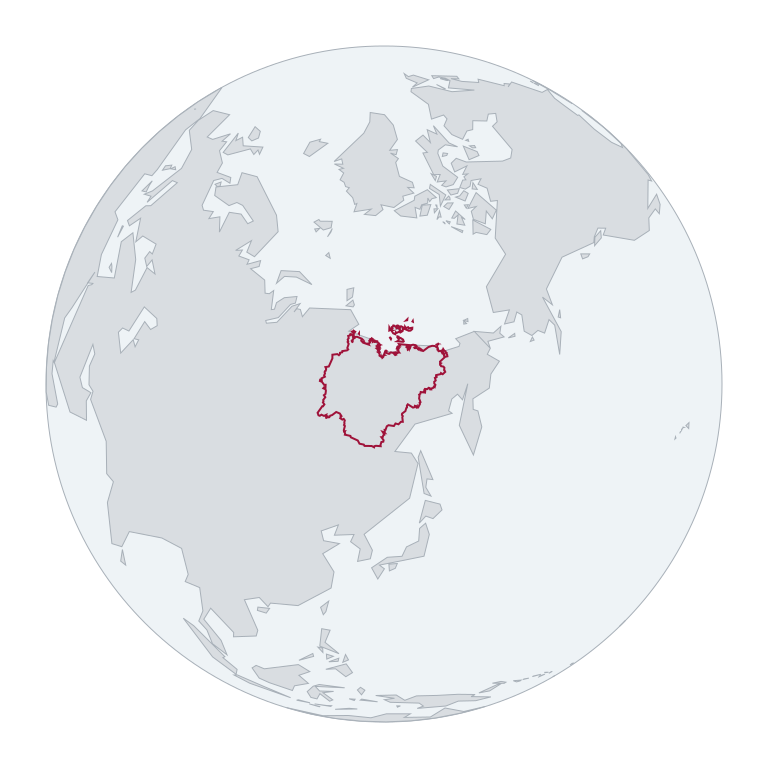 Sakha (Yakutia) highlighted on a globe, orthographic projection
{"feature_id": "RUS-2612", "entity_name": "Sakha (Yakutia)", "entity_type": "Autonomous Province", "adm_level": 1, "iso_a3": "RUS", "parent_name": "Russia", "parent_adm1": "", "projection": "orthographic", "projection_center": [131.922, 66.295], "detail": "fine", "context": "on_globe", "style": "outline", "palette": "rose", "viewbox_px": 768, "rotation_deg": 0, "n_neighbors": 0, "source": "natural_earth", "source_scale": "10m", "svg_char_len": 18309}
<svg xmlns="http://www.w3.org/2000/svg" viewBox="0 0 768 768"><circle cx="384" cy="384" r="338" fill="#eef3f6" stroke="#a8b0b8"/><path d="M625.3,620.6L625.6,620.2L625.5,620.4L625.3,620.6ZM626.4,148.6L648.2,174.6L651.6,181.0L648.1,180.0L647.8,208.4L656.6,194.2L660.1,204.4L659.3,213.7L655.3,208.9L648.8,217.9L649.3,230.5L634.4,240.3L603.2,235.0L605.7,228.2L597.9,228.1L594.3,236.8L593.8,242.6L562.0,257.2L546.4,289.0L552.4,304.8L542.5,297.1L561.2,331.6L559.7,354.5L554.7,325.1L549.0,319.6L544.6,333.1L537.9,330.4L531.9,335.5L524.2,331.2L521.8,314.9L516.8,312.0L514.0,321.8L504.5,324.0L509.4,309.9L493.3,312.5L486.4,286.7L505.6,254.2L495.2,238.1L497.4,200.5L490.6,201.3L487.1,188.2L478.0,184.3L481.0,178.8L471.1,180.5L470.0,186.3L465.3,189.1L459.8,187.5L462.7,180.1L465.9,179.8L463.9,176.8L467.7,173.9L462.7,174.4L466.9,165.9L454.7,171.9L451.2,163.2L456.2,158.3L466.2,162.0L502.5,161.1L510.7,158.0L512.1,149.5L492.5,126.3L497.1,121.8L495.7,113.4L488.3,114.1L486.8,121.0L472.8,120.7L472.7,129.6L466.9,131.0L462.6,139.3L451.9,134.6L444.0,125.8L447.0,118.9L443.6,115.0L431.5,119.1L428.4,104.3L411.0,91.7L411.4,88.5L428.8,86.0L452.0,91.7L474.4,90.1L448.4,87.9L450.0,80.6L445.4,78.2L438.7,77.0L433.6,78.6L431.8,75.7L456.8,76.3L458.9,78.9L450.9,78.6L461.8,81.4L478.7,82.5L478.1,79.2L504.2,85.7L504.1,83.5L509.8,84.0L508.1,86.9L511.6,82.0L542.1,92.4L547.4,89.5L554.6,98.3L564.7,105.9L577.7,115.4L578.9,114.9L594.3,129.2L611.5,142.3L622.5,147.5L621.0,143.5L603.4,127.1L595.9,121.3L581.7,110.4L589.7,115.9L608.7,131.6L626.4,148.6ZM688.7,428.5L685.9,425.6L689.0,422.6L688.7,428.5ZM683.1,427.1L684.3,427.4L683.1,427.8L683.1,427.1ZM681.5,429.6L682.7,427.8L681.6,430.3L681.5,429.6ZM679.7,433.4L680.6,431.2L680.6,431.6L679.7,433.4ZM540.2,84.3L544.1,86.5L557.1,94.2L572.2,103.7L551.2,90.8L532.2,80.3L540.2,84.3ZM676.0,438.1L674.9,439.1L675.5,436.6L676.0,438.1ZM533.9,83.0L538.9,85.8L533.7,83.0L533.9,83.0ZM594.6,245.7L594.9,237.3L600.7,230.7L601.3,237.9L594.6,245.7ZM582.6,258.9L580.8,253.9L589.7,253.9L588.0,256.7L582.6,258.9ZM558.2,317.0L559.7,309.6L560.6,317.8L558.2,317.0ZM532.4,337.0L534.1,340.1L530.3,341.5L532.4,337.0ZM468.7,141.3L465.7,140.3L468.1,139.2L468.7,141.3ZM469.6,145.9L474.5,145.5L475.7,147.7L472.6,147.9L469.6,145.9ZM515.0,336.3L508.3,337.9L514.7,333.4L515.0,336.3ZM463.3,146.1L477.1,151.6L479.0,155.5L469.1,159.7L463.3,146.1ZM504.1,336.9L487.9,341.3L490.3,348.3L474.3,331.4L493.4,333.0L500.9,326.3L499.8,333.2L504.1,336.9ZM472.1,188.9L472.9,182.6L477.3,189.4L472.1,188.9ZM476.1,192.6L496.3,210.1L492.3,218.8L486.3,211.0L485.3,223.8L473.4,219.3L471.3,211.3L476.2,206.5L467.9,208.5L476.1,192.6ZM468.0,321.6L463.7,320.4L467.7,318.5L468.0,321.6ZM463.8,190.7L468.2,193.4L465.1,201.0L455.6,197.1L459.7,195.9L463.8,190.7ZM490.8,229.4L486.8,234.6L476.1,232.4L473.1,234.2L472.8,220.0L490.8,229.4ZM457.6,193.3L450.9,195.0L447.4,190.0L459.3,188.7L457.6,193.3ZM468.3,204.7L466.3,208.2L464.3,205.0L468.3,204.7ZM431.1,173.7L436.5,176.4L435.3,180.6L431.1,173.7ZM448.7,196.0L449.9,197.7L450.1,199.8L445.0,199.9L448.7,196.0ZM465.2,219.5L461.6,217.6L464.8,225.2L456.9,224.0L458.1,214.9L454.3,218.3L451.8,218.0L455.6,211.0L465.2,219.5ZM440.4,206.1L439.2,194.5L429.5,188.4L430.3,184.4L445.8,195.0L440.4,206.1ZM449.0,209.5L443.8,206.5L447.4,203.0L453.1,202.9L449.0,209.5ZM451.1,226.6L462.9,230.7L462.2,232.6L451.1,226.6ZM436.8,205.0L437.2,207.9L435.7,205.0L436.8,205.0ZM445.9,220.7L450.2,221.8L449.3,223.9L445.9,220.7ZM434.4,212.8L434.0,208.9L437.9,208.7L434.4,212.8ZM439.1,216.9L436.9,219.6L439.5,210.9L441.1,217.1L439.1,216.9ZM444.4,222.5L445.3,224.1L442.7,221.7L444.4,222.5ZM419.9,216.1L422.3,205.2L430.8,204.6L427.3,215.2L419.9,216.1ZM219.1,89.0L222.0,87.5L200.0,118.5L185.6,129.8L157.2,169.7L151.9,175.7L144.7,173.8L115.0,211.8L117.9,219.8L101.4,254.5L97.2,276.5L114.3,278.0L121.3,241.7L132.9,232.8L135.7,259.5L131.1,292.4L135.4,290.1L147.1,267.6L155.0,274.0L152.1,259.9L146.7,266.5L144.8,258.1L149.7,251.6L152.3,254.0L156.1,244.1L142.8,236.0L135.8,241.8L140.6,218.2L129.4,225.8L127.5,220.5L145.8,205.8L150.8,205.7L177.3,182.7L172.4,180.6L147.1,202.3L151.0,196.2L144.3,194.2L152.5,190.9L181.5,168.4L191.7,149.5L189.3,130.3L198.5,120.2L213.2,110.6L229.6,114.7L207.2,137.0L212.7,139.4L230.5,133.8L222.1,141.2L226.6,141.8L219.5,150.7L222.4,163.0L217.1,172.4L230.8,177.5L229.9,183.2L222.0,178.4L213.7,180.5L202.1,205.3L203.5,210.2L213.3,211.6L208.9,218.6L219.9,216.8L219.4,232.1L229.3,212.3L241.1,214.1L247.7,223.7L253.3,221.0L242.7,205.4L236.9,202.5L229.0,205.6L214.7,195.5L216.0,187.0L237.7,184.7L242.0,172.7L257.1,176.7L276.5,215.2L278.1,231.7L254.5,256.7L246.8,252.1L251.5,240.6L235.6,250.4L242.4,250.0L238.8,256.0L249.1,259.8L247.0,264.3L260.6,260.6L259.1,266.5L250.6,268.7L264.7,280.1L265.1,293.2L269.3,293.7L273.7,290.5L271.3,309.6L274.5,309.2L276.5,302.7L284.3,297.7L297.0,296.5L295.4,303.1L290.6,304.4L278.3,317.6L265.7,320.5L266.4,323.2L276.9,322.3L292.0,306.2L300.1,303.6L294.0,312.0L296.8,308.7L300.4,309.5L302.4,316.7L309.6,308.0L350.7,309.7L358.8,324.3L348.7,331.2L375.8,340.9L382.8,357.5L384.6,351.4L398.8,352.5L396.8,347.2L398.8,344.4L434.4,346.0L441.6,351.8L459.0,346.4L460.0,343.4L455.7,338.7L474.3,331.4L490.3,348.3L487.3,354.3L499.4,361.2L490.9,374.0L489.3,388.1L472.9,398.8L473.2,409.4L477.9,410.9L481.8,426.9L473.4,455.0L459.3,425.3L467.8,383.7L462.5,399.8L457.5,394.2L451.8,399.0L448.6,410.8L452.1,413.3L415.0,424.1L394.9,451.5L411.4,453.1L418.0,463.5L409.6,498.2L364.1,534.3L372.4,550.2L370.3,558.8L357.6,561.4L360.2,548.9L350.6,541.7L354.0,534.5L334.4,535.2L338.4,524.9L321.2,530.9L323.6,540.7L339.4,543.6L322.7,553.7L334.0,571.9L331.1,588.0L298.0,605.6L270.5,603.1L268.0,606.7L259.3,597.5L244.4,599.7L257.8,630.3L256.2,636.0L233.5,636.8L233.7,632.5L210.7,608.2L203.8,619.2L221.1,640.4L227.0,654.8L212.5,643.7L206.9,629.9L198.8,621.0L202.9,610.9L199.7,587.6L185.2,581.6L188.2,574.4L181.6,548.4L161.9,538.0L129.3,531.6L121.8,546.7L111.9,543.6L107.4,502.5L113.4,481.7L106.7,473.7L106.2,441.3L90.6,399.4L93.0,391.3L89.0,384.8L89.4,366.1L94.8,353.9L92.9,344.4L79.9,377.2L82.4,387.6L90.9,392.7L86.3,400.9L86.5,420.3L70.0,412.0L54.4,362.5L60.5,348.6L88.2,285.5L91.6,284.7L92.1,284.3L92.9,283.4L87.6,282.8L94.9,272.1L71.9,307.8L64.7,317.9L54.0,362.2L53.2,360.6L52.0,373.7L57.7,404.0L56.1,407.1L48.7,405.3L46.2,392.0L46.5,367.6L48.5,343.3L52.4,319.1L57.9,295.3L65.2,272.0L74.1,249.2L84.7,227.2L96.8,206.0L110.4,185.7L125.4,166.4L141.8,148.3L159.5,131.4L178.3,115.9L198.2,101.7L219.1,89.0ZM196.1,109.0L194.0,109.2L196.1,109.0ZM118.4,332.2L120.7,353.1L133.2,339.7L135.1,346.8L138.7,339.8L134.1,338.7L144.7,321.6L150.6,329.5L157.2,325.7L156.8,318.5L144.3,306.9L128.9,331.0L122.6,328.0L118.4,332.2ZM539.2,84.6L535.4,82.6L537.3,83.3L539.2,84.6ZM530.1,81.0L531.8,81.8L533.2,82.9L530.1,81.0ZM448.5,80.6L446.4,80.4L440.1,78.6L444.0,78.4L448.5,80.6ZM406.3,78.3L404.2,73.6L408.4,76.6L413.4,75.1L428.6,79.8L412.4,87.2L417.1,82.9L406.3,78.3ZM444.3,88.7L436.5,84.5L445.6,88.9L444.3,88.7ZM258.5,138.0L251.8,140.9L248.3,137.5L255.1,126.7L260.3,131.3L258.5,138.0ZM243.2,145.8L262.9,147.1L259.5,154.3L258.0,150.0L253.8,154.5L250.4,148.9L227.8,154.9L223.2,152.4L238.3,133.1L235.9,140.6L242.6,137.2L243.2,145.8ZM319.3,141.6L327.8,143.3L309.4,156.5L303.6,153.5L309.9,142.2L320.6,139.2L319.3,141.6ZM443.1,152.9L447.6,153.5L446.8,155.4L442.3,156.5L443.1,152.9ZM433.7,174.6L422.9,153.0L427.4,152.4L415.6,141.0L423.0,135.1L430.4,142.6L427.2,129.7L436.9,134.1L433.4,125.7L449.1,143.0L457.6,146.8L445.3,144.8L438.3,150.0L437.8,153.4L442.8,166.1L457.7,177.3L453.2,184.6L446.0,186.9L441.7,185.3L446.0,180.9L437.2,182.0L440.2,174.5L433.7,174.6ZM364.4,214.4L371.2,209.1L354.0,211.8L356.9,203.5L354.7,204.4L352.7,197.7L346.4,191.1L349.3,187.7L345.6,186.6L344.1,182.3L340.1,179.8L343.7,173.0L339.0,169.4L343.5,168.3L334.4,164.0L342.8,164.2L341.7,158.9L334.1,161.5L363.8,133.2L369.8,121.9L370.2,112.5L384.5,114.7L393.3,125.1L397.4,139.5L389.7,150.3L397.5,149.6L396.1,154.7L390.5,153.1L398.4,158.6L395.7,162.4L399.4,176.4L412.4,182.3L414.1,187.8L407.7,187.4L413.8,193.1L402.8,196.2L403.8,200.2L393.9,207.5L381.0,204.8L383.0,209.6L375.6,215.6L364.4,214.4ZM416.8,217.9L400.7,216.0L394.3,210.7L414.2,200.3L414.8,196.2L427.4,189.7L436.3,197.6L431.9,198.7L429.7,201.6L427.8,198.0L427.7,203.1L421.6,204.8L419.9,209.3L415.1,207.4L416.8,217.9ZM152.3,180.8L149.4,185.2L146.2,191.9L142.0,190.9L152.3,180.8ZM171.8,165.1L170.1,168.7L162.5,170.2L165.5,165.8L171.8,165.1ZM175.7,169.7L170.6,168.8L175.1,166.7L175.7,169.7ZM221.1,182.0L220.1,186.1L217.4,186.6L215.0,184.3L221.1,182.0ZM314.0,222.1L318.9,219.5L320.2,221.2L332.2,221.3L331.1,227.7L323.3,230.0L314.0,222.1ZM111.7,272.6L109.1,267.3L111.5,263.4L111.9,266.0L111.7,272.6ZM123.4,226.2L117.6,237.2L122.3,225.8L123.4,226.2ZM314.7,229.0L319.8,228.3L316.1,231.9L314.7,229.0ZM330.8,232.3L327.5,236.8L332.3,228.5L330.8,232.3ZM309.3,703.9L319.7,706.5L319.4,706.8L309.3,703.9ZM298.4,699.8L310.0,702.8L296.6,700.2L298.4,699.8ZM314.6,703.9L326.5,705.5L331.6,705.7L330.8,706.4L314.6,703.9ZM290.6,697.7L249.7,683.2L234.0,675.0L237.3,674.9L262.8,686.0L290.6,697.7ZM236.1,674.3L212.6,656.9L183.3,618.2L193.7,625.7L224.9,656.7L222.9,657.6L237.1,669.4L236.1,674.3ZM294.5,685.8L292.4,690.5L269.4,682.7L259.2,678.1L252.1,667.9L256.1,665.4L264.3,668.8L298.4,664.6L309.8,671.6L298.9,675.3L308.4,683.4L294.5,685.8ZM122.4,549.5L125.7,565.1L120.7,561.1L122.4,549.5ZM313.6,656.4L298.9,660.3L312.8,653.5L313.6,656.4ZM322.7,648.1L322.9,652.5L317.9,647.1L322.7,648.1ZM266.2,613.1L257.4,610.4L257.9,607.1L269.6,608.4L266.2,613.1ZM328.7,601.1L325.9,611.6L323.3,614.7L320.6,607.3L328.7,601.1ZM311.9,284.6L296.4,277.1L284.5,276.4L276.5,283.3L281.1,270.6L299.5,271.6L311.9,284.6ZM346.0,305.8L352.9,300.1L354.4,304.9L353.1,306.9L346.0,305.8ZM347.0,300.7L347.0,289.4L353.8,287.8L352.5,297.0L347.0,300.7ZM330.2,258.3L325.7,255.5L328.8,252.6L330.2,258.3ZM286.8,707.6L286.5,707.6L322.9,715.7L348.4,715.5L370.9,717.8L386.5,713.8L410.4,713.8L404.4,717.4L430.4,717.0L445.0,708.0L463.8,711.5L484.7,706.6L485.0,706.5L460.7,713.1L436.0,717.9L411.1,720.8L386.0,721.9L360.8,721.1L335.8,718.5L311.1,714.0L286.8,707.6ZM553.4,676.4L552.7,676.8L554.9,675.5L553.4,676.4ZM621.6,624.3L619.5,626.3L625.6,620.2L625.3,620.6L621.6,624.3ZM571.8,664.1L574.1,662.8L572.5,663.9L571.8,664.1ZM570.0,665.1L572.1,663.3L572.2,663.8L570.0,665.1ZM548.8,673.3L551.1,671.7L552.3,671.4L548.8,673.3ZM335.1,709.3L349.2,708.3L357.3,709.0L335.1,709.3ZM545.0,674.1L539.0,676.8L539.5,676.0L545.0,674.1ZM545.2,672.7L544.4,672.3L548.5,672.2L545.2,672.7ZM533.2,676.1L540.9,674.3L532.4,676.6L533.2,676.1ZM528.9,678.1L523.5,679.4L523.8,679.0L528.9,678.1ZM471.1,696.6L490.9,696.9L475.6,700.7L458.3,701.1L445.9,706.0L417.2,708.4L423.4,706.1L419.2,703.1L390.2,702.3L384.4,699.7L394.5,698.3L375.7,695.5L396.2,695.0L404.8,700.3L416.5,695.9L437.3,695.4L457.9,694.3L475.1,694.5L471.1,696.6ZM396.8,705.9L400.4,705.9L397.4,707.2L396.8,705.9ZM513.3,680.7L521.1,680.1L520.2,680.9L516.5,681.9L513.3,680.7ZM478.9,692.9L497.1,684.6L501.5,683.4L489.6,690.9L478.9,692.9ZM492.4,683.2L501.1,681.4L505.9,682.2L504.2,683.3L492.4,683.2ZM355.1,699.2L354.3,700.5L349.1,698.8L355.1,699.2ZM361.7,699.1L377.6,701.8L360.3,700.1L361.7,699.1ZM315.3,686.4L319.6,691.0L333.6,691.4L323.0,692.7L332.8,699.9L329.7,701.2L319.9,693.7L317.0,698.9L310.9,697.4L307.2,691.6L313.2,686.2L319.3,684.5L344.7,687.8L315.3,686.4ZM361.5,694.8L357.4,690.0L360.5,687.3L364.9,690.2L361.5,694.8ZM345.8,676.7L335.6,668.8L325.8,669.3L346.2,663.9L352.5,672.6L345.8,676.7ZM338.1,661.3L328.8,661.8L338.8,658.2L338.1,661.3ZM326.8,659.1L326.4,654.1L333.3,656.3L326.8,659.1ZM342.8,662.3L345.5,654.5L348.5,659.9L342.8,662.3ZM325.0,642.3L339.0,653.7L319.8,646.1L321.7,628.7L330.1,630.2L325.0,642.3ZM389.4,570.9L388.9,564.2L397.3,563.5L395.3,568.3L389.4,570.9ZM424.0,556.2L399.3,561.2L379.4,565.1L384.4,568.8L377.8,579.0L371.6,567.8L387.3,557.3L402.0,556.3L406.5,546.9L418.7,541.0L419.6,528.4L425.6,523.2L429.3,534.4L424.0,556.2ZM419.3,523.1L425.3,500.4L440.0,504.1L442.0,509.9L433.0,518.6L425.8,516.1L419.3,523.1ZM431.0,496.1L424.1,493.5L418.2,457.3L420.7,450.7L432.9,479.6L427.0,478.9L425.8,487.3L431.0,496.1ZM463.8,324.1L463.7,320.7L466.6,323.6L463.8,324.1ZM397.4,341.5L400.5,338.2L403.8,341.5L397.4,341.5ZM411.1,330.8L405.2,329.4L412.0,328.1L411.1,330.8ZM392.0,327.0L403.2,327.6L391.6,331.0L392.0,327.0Z" fill="#d9dde1" stroke="#a8b0b8" stroke-width="1"/><path d="M350.9,334.0L352.3,335.4L353.3,335.2L353.5,334.0L353.8,334.7L353.8,336.5L353.0,337.2L353.4,338.0L353.0,339.3L351.8,340.7L351.8,341.3L352.0,341.7L353.1,342.4L351.9,340.7L352.8,340.1L353.3,338.5L354.3,338.2L353.6,337.1L357.1,336.8L361.8,338.7L362.5,339.4L361.6,339.3L361.2,340.7L363.1,342.7L368.1,344.4L367.4,343.6L369.2,343.6L369.5,342.5L370.0,342.4L369.4,341.1L369.8,341.0L369.6,340.3L370.2,339.4L370.9,340.0L370.8,339.2L372.8,339.8L372.8,340.7L373.5,340.9L373.3,341.6L374.6,340.9L374.7,341.4L374.3,341.9L374.7,341.7L374.9,342.8L375.0,341.9L375.6,341.7L375.5,341.1L377.4,341.6L377.3,342.3L379.0,343.4L378.6,344.0L379.8,344.6L377.7,344.9L377.4,345.6L379.5,346.2L379.2,346.5L378.0,346.0L376.9,346.3L378.1,347.4L379.3,347.6L379.8,349.0L378.6,349.9L376.4,347.6L376.7,348.2L376.5,348.3L377.4,349.0L378.5,351.8L379.0,351.4L378.8,350.2L379.6,352.0L378.2,352.3L379.0,352.9L379.9,355.3L379.6,355.7L381.5,357.0L381.8,356.4L382.3,357.8L383.3,356.9L383.9,355.1L384.5,355.0L384.0,354.7L385.5,350.7L386.1,350.6L386.6,351.0L385.5,351.5L386.3,352.9L389.3,354.0L389.2,354.4L389.2,354.6L389.4,354.0L389.2,353.7L389.4,353.3L390.9,352.4L393.1,352.9L394.9,354.1L394.6,354.5L395.2,355.1L395.7,354.9L395.0,354.4L396.1,353.8L395.1,353.5L395.5,352.3L399.2,352.5L398.4,351.4L398.4,350.3L397.5,349.9L398.9,348.2L396.9,348.3L397.5,346.7L400.1,345.8L399.0,344.1L410.4,345.2L407.0,345.4L406.5,346.8L405.7,346.7L406.4,347.1L407.4,346.4L410.6,345.4L409.5,348.4L409.3,347.4L409.8,346.7L409.2,347.1L408.9,346.3L408.4,346.3L409.2,348.0L407.6,348.1L408.2,348.7L407.7,349.3L407.8,349.8L409.8,348.7L411.0,345.2L413.1,344.7L415.7,345.2L416.7,346.2L414.7,347.3L415.1,347.5L414.9,348.1L418.5,348.2L417.9,350.1L418.6,348.8L418.7,349.4L420.2,348.6L422.0,350.0L421.2,350.5L423.2,351.0L428.5,347.0L432.2,345.8L434.9,346.0L437.8,348.0L437.5,349.3L438.0,349.3L438.1,350.5L438.6,351.2L441.0,350.8L442.5,353.6L443.7,353.8L444.1,356.1L443.7,356.7L444.3,356.3L444.1,353.9L442.6,351.7L443.3,349.2L444.2,350.6L445.6,351.4L445.7,352.6L446.6,353.0L446.3,353.6L447.1,354.5L447.4,356.3L445.2,356.8L440.0,361.6L440.1,362.8L440.9,363.2L440.0,363.9L440.1,364.9L440.8,365.3L441.1,366.2L443.4,366.6L444.4,367.7L444.1,370.1L444.7,370.5L444.7,371.2L445.2,371.9L442.7,374.2L441.0,373.1L440.7,374.1L436.1,375.1L436.0,376.0L436.6,376.5L436.6,377.2L434.9,377.9L435.7,380.5L434.2,381.8L434.3,383.6L435.4,384.8L434.7,387.1L434.0,386.5L432.9,388.1L431.0,388.5L431.2,389.4L430.1,389.4L429.4,388.0L428.6,387.8L427.4,389.1L424.9,388.9L424.4,389.8L425.3,390.7L425.0,392.6L424.0,392.3L423.8,391.5L423.1,392.4L420.7,392.0L420.4,393.7L419.1,394.7L419.5,395.6L419.1,398.5L420.5,402.1L419.6,402.7L420.0,403.9L418.1,407.5L417.3,407.5L417.0,406.2L416.4,407.0L416.1,406.2L414.9,405.8L414.5,407.2L413.0,407.6L407.8,404.3L406.9,405.5L407.0,407.5L406.3,408.0L405.4,411.1L402.1,413.6L401.9,414.9L402.8,416.1L402.3,417.2L402.8,421.8L400.9,421.8L398.5,424.3L395.5,423.5L393.9,426.0L388.5,425.2L386.8,426.3L385.5,429.9L384.6,429.9L384.8,431.3L384.3,432.1L384.6,432.5L382.6,431.8L384.4,434.7L383.3,435.3L382.7,437.1L381.4,437.2L383.6,440.2L383.3,441.7L381.4,442.0L380.5,444.9L380.7,446.2L375.9,445.8L374.4,446.2L374.1,447.3L371.7,446.0L364.5,445.9L363.8,444.6L359.5,443.7L357.8,440.5L350.8,437.3L350.4,435.9L344.9,434.7L345.2,433.8L344.6,432.1L345.0,431.3L344.0,431.5L343.8,430.2L344.9,426.0L344.0,425.0L344.5,423.9L344.3,422.3L344.8,420.4L343.7,418.9L342.3,419.6L340.2,418.2L340.9,417.1L340.6,416.3L341.4,416.0L339.8,413.5L336.2,412.0L332.1,415.1L330.2,415.7L329.3,417.2L326.4,417.5L325.9,418.6L326.2,417.1L327.0,416.2L326.0,416.0L326.3,414.8L324.0,415.9L321.4,414.7L319.8,415.8L318.5,415.3L317.6,412.8L322.3,406.2L323.0,406.3L324.4,404.4L322.9,402.4L323.5,401.3L323.2,400.0L325.3,397.2L323.9,395.2L325.5,393.9L325.9,390.7L325.5,389.3L323.3,388.3L324.2,387.2L325.5,387.4L325.6,384.8L324.2,384.9L321.9,381.8L319.9,381.0L320.1,380.0L320.5,380.2L321.2,379.0L321.7,379.5L321.6,378.3L324.9,376.7L324.1,375.3L325.0,373.5L324.6,372.1L325.0,371.1L325.7,370.8L326.2,368.9L325.4,367.1L328.8,366.5L332.4,358.4L332.4,354.7L337.4,354.1L338.9,355.2L340.0,354.0L340.0,352.8L342.2,352.3L342.3,351.1L347.0,350.4L348.2,349.5L347.3,348.0L348.7,343.9L347.6,342.0L348.2,341.5L347.7,339.5L348.7,338.2L348.2,335.9L350.0,335.4L350.1,334.3L350.9,334.0ZM403.6,327.6L402.8,328.4L402.9,329.0L403.4,329.2L402.3,330.9L400.5,330.6L399.7,329.3L400.0,327.3L399.1,327.4L398.7,328.0L399.8,330.3L401.9,331.5L400.3,332.5L399.1,331.7L396.5,333.0L395.8,332.2L395.2,334.2L393.2,333.3L391.4,330.5L392.2,330.3L391.7,330.1L391.9,329.0L391.5,328.3L392.4,328.1L391.9,327.0L393.2,326.2L393.3,325.5L394.0,325.1L393.8,325.2L396.4,327.4L396.5,328.3L397.3,328.1L396.9,327.6L396.9,325.8L397.8,325.9L397.2,325.0L399.2,326.5L401.2,326.3L403.6,327.6ZM408.8,328.3L412.3,327.7L412.2,329.2L410.4,330.6L408.8,330.8L405.0,329.1L405.1,326.9L405.9,328.1L408.1,327.2L408.8,328.3ZM403.1,339.6L403.7,341.4L403.1,341.8L397.2,341.3L398.3,340.7L399.0,338.3L400.5,337.9L403.1,339.6ZM355.2,331.8L353.6,333.5L352.1,331.6L352.9,331.5L353.5,330.6L355.2,331.8ZM398.7,336.7L398.8,337.6L398.0,338.2L397.3,337.4L397.4,336.3L398.7,336.7ZM390.2,329.1L390.0,330.2L389.3,330.5L389.4,327.6L390.2,329.1ZM377.7,345.5L378.9,344.8L379.6,345.6L379.3,345.8L377.7,345.5ZM442.8,352.5L444.0,353.9L443.9,354.3L443.7,353.6L442.9,353.5L441.8,351.6L442.1,350.9L442.8,352.5ZM391.1,338.7L390.9,339.2L389.5,337.0L390.6,337.9L391.1,338.7ZM395.2,352.5L394.8,353.3L393.5,352.9L393.9,352.5L395.2,352.5ZM407.3,319.3L407.2,320.2L406.2,320.4L407.3,319.3ZM378.3,346.3L378.8,346.8L377.3,346.5L378.3,346.3ZM364.2,342.1L363.2,342.3L363.1,341.7L363.8,341.6L364.2,342.1ZM442.0,350.3L442.8,351.1L442.4,351.6L442.0,350.3ZM437.2,344.3L437.2,345.0L436.7,344.5L437.2,344.3ZM412.8,321.0L412.9,321.7L412.5,321.5L412.8,321.0ZM371.7,338.3L372.1,338.6L371.5,338.6L371.7,338.3ZM442.3,350.1L442.9,350.4L442.4,350.2L442.3,350.1ZM376.4,341.2L376.9,341.1L377.5,341.5L377.1,341.4L376.4,341.2ZM359.0,333.3L359.0,333.8L358.8,333.6L359.0,333.3ZM438.8,344.0L439.3,344.3L438.8,344.2L438.8,344.0ZM440.7,344.2L440.9,344.1L440.5,344.3L440.7,344.2Z" fill="none" stroke="#9f1239" stroke-width="2"/></svg>